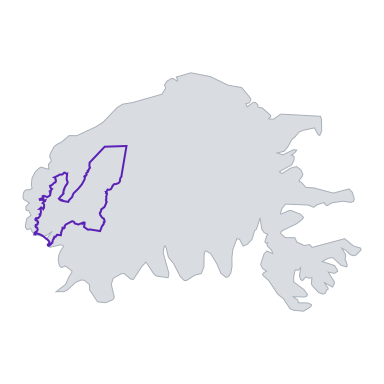 Fljótsdalshérað, Austurland, Iceland shown in context, rotated 180°
{"feature_id": "244011B83679589752148", "entity_name": "Fljótsdalshérað", "entity_type": "district", "adm_level": 2, "iso_a3": "ISL", "parent_name": "Iceland", "parent_adm1": "Austurland", "projection": "albers", "projection_center": [-14.894, 65.096], "detail": "fine", "context": "in_parent", "style": "outline", "palette": "violet", "viewbox_px": 384, "rotation_deg": 180, "n_neighbors": 0, "source": "geoboundaries", "source_scale": "gbopen_adm2", "svg_char_len": 9185}
<svg xmlns="http://www.w3.org/2000/svg" viewBox="0 0 384 384"><g transform="rotate(180 192 192)"><path d="M299.4,103.7L302.8,104.0L308.5,101.5L316.7,94.0L320.1,92.4L327.9,92.3L318.4,99.6L314.8,107.6L312.2,111.5L312.2,113.2L318.9,118.1L322.2,116.5L323.6,117.1L324.9,119.4L325.8,123.9L325.2,128.6L323.3,133.3L320.6,137.3L321.0,138.5L323.1,139.2L334.3,136.7L335.6,142.5L336.7,144.4L336.4,146.4L331.9,152.6L337.2,148.7L341.4,147.5L348.5,149.4L351.5,151.6L353.3,155.5L356.8,154.2L358.5,156.5L358.6,158.9L357.1,165.5L352.9,168.9L355.6,173.6L357.7,173.7L358.1,174.8L358.0,177.6L354.7,181.0L360.2,184.6L361.0,185.9L360.7,190.2L359.8,192.6L358.2,194.1L354.2,194.4L351.8,196.0L352.7,198.6L352.0,205.8L349.0,211.7L346.1,214.9L343.2,216.9L335.2,214.7L335.5,219.8L332.7,222.9L333.2,225.5L334.3,226.9L333.8,230.2L330.1,237.1L327.5,239.4L322.3,242.1L314.8,248.4L307.2,248.3L288.3,257.1L280.8,261.9L267.1,276.2L261.4,279.8L251.7,281.4L222.1,289.8L218.6,295.3L218.4,296.6L219.6,298.9L217.1,302.8L212.6,305.5L210.5,305.4L206.9,302.8L206.4,303.9L207.7,307.0L193.0,311.2L173.3,307.3L156.2,298.9L142.3,296.4L133.4,285.7L133.3,284.1L134.6,281.2L138.2,280.3L136.8,277.2L130.4,281.8L128.5,281.5L126.2,279.2L126.3,277.1L121.5,275.9L113.6,268.8L113.2,267.3L115.4,265.5L115.0,265.0L110.4,264.9L103.2,269.9L63.5,267.7L62.5,264.5L62.3,253.1L64.2,248.6L65.8,249.2L69.6,256.1L80.5,253.8L85.1,251.9L89.7,246.3L92.2,244.5L96.2,237.1L99.9,232.7L106.8,231.1L101.0,229.1L90.5,234.3L87.2,233.9L89.1,231.4L92.8,228.7L90.5,228.2L89.8,226.7L90.0,223.8L92.2,219.3L104.6,212.3L102.1,210.4L93.4,215.9L87.4,217.4L83.0,214.0L81.2,209.8L81.5,208.2L84.9,203.5L84.6,202.5L82.7,201.8L78.2,196.6L70.1,196.1L50.7,190.9L34.9,195.1L31.7,191.7L29.7,185.0L30.6,182.6L33.4,181.6L40.7,182.8L51.8,181.3L57.1,178.3L58.9,179.5L59.6,181.4L66.5,179.5L70.4,176.7L76.1,179.0L98.5,179.9L101.8,175.9L103.5,171.0L103.1,169.9L94.5,173.6L92.7,173.4L83.5,169.8L80.5,166.6L81.9,164.5L87.4,160.3L100.9,153.7L102.9,152.3L103.3,150.4L98.7,146.4L89.1,146.2L87.2,141.9L79.7,138.5L74.3,139.4L71.9,136.6L39.4,145.3L30.3,137.9L23.4,135.9L23.0,133.9L28.0,128.9L31.0,128.3L33.7,129.3L38.6,134.0L42.2,135.8L38.3,129.3L38.9,123.8L37.6,122.1L36.7,118.3L37.5,117.1L43.0,118.7L51.0,126.3L55.6,125.8L61.8,122.5L49.3,118.4L46.2,112.9L49.3,110.6L55.8,111.9L49.7,102.2L49.6,100.6L51.4,96.9L60.0,101.6L55.9,95.8L55.9,94.6L57.5,93.9L58.6,90.8L61.1,89.9L65.5,91.5L71.8,98.4L72.6,100.3L72.1,106.3L75.1,105.8L78.3,107.0L81.6,103.3L83.4,104.5L84.5,108.3L83.3,116.4L85.6,113.8L88.9,114.0L90.3,107.4L90.3,102.0L80.2,94.5L76.5,89.5L77.2,88.0L79.4,87.0L90.8,87.3L86.3,84.0L85.5,81.2L76.8,81.1L72.6,79.5L72.7,78.1L74.7,76.3L80.4,72.8L90.2,73.7L94.0,75.3L100.6,85.3L106.2,89.8L115.2,103.3L121.2,108.8L121.4,110.0L120.2,111.3L117.5,112.8L121.2,115.3L123.2,118.8L123.2,120.2L120.0,130.0L117.2,133.0L111.2,130.4L112.4,133.8L116.4,137.7L117.2,139.7L116.4,141.4L118.5,141.1L119.1,142.2L117.5,147.8L116.2,149.7L119.8,151.3L122.1,154.4L124.0,166.1L126.6,157.5L127.8,154.4L129.4,153.3L132.1,144.5L136.8,139.6L140.8,137.9L144.3,144.5L147.1,145.4L151.1,134.7L152.1,126.6L152.0,117.6L153.1,111.2L155.4,107.6L158.0,106.6L163.2,110.9L167.1,120.1L173.3,130.3L177.9,133.1L178.8,132.9L179.9,129.8L180.1,117.0L182.8,110.4L188.6,109.1L197.6,103.5L199.6,103.4L203.6,107.3L210.5,120.5L215.6,126.8L217.9,136.4L219.1,138.2L220.4,135.3L220.8,131.1L215.2,111.1L215.3,108.5L216.0,106.3L227.8,108.0L230.3,110.3L238.0,121.9L242.2,117.5L250.7,104.5L253.4,105.0L260.1,110.6L262.8,110.2L270.9,105.6L272.7,99.5L269.7,86.8L271.2,84.3L278.5,81.3L286.4,82.1L294.3,93.9L294.6,99.4L299.4,103.7Z" fill="#d9dde1" stroke="#a8b0b8" stroke-width="1"/><path d="M280.8,159.3L280.7,159.5L280.3,160.0L280.2,160.8L280.1,161.2L280.2,161.6L280.2,161.8L279.6,161.8L279.4,162.3L279.4,162.8L279.6,163.9L280.1,164.8L280.1,165.3L280.4,165.6L281.2,165.9L282.0,166.5L282.9,167.9L283.6,168.7L283.7,169.1L283.7,169.6L284.1,170.2L284.2,170.4L284.2,170.7L284.1,171.0L284.0,171.4L283.9,171.7L283.3,172.0L283.2,172.2L283.1,172.7L283.1,172.9L282.9,173.3L282.9,173.9L282.7,174.7L282.5,174.9L281.4,175.4L280.8,176.3L280.2,176.4L280.0,176.7L279.5,177.0L279.1,178.0L278.8,178.8L278.4,179.5L278.2,180.0L277.9,180.5L277.8,181.8L277.4,182.0L277.5,182.3L277.4,182.5L278.0,183.6L278.1,184.1L277.7,184.8L277.7,185.0L277.6,185.4L277.7,186.0L277.8,186.7L277.7,186.9L277.8,187.5L277.6,188.1L277.5,188.3L277.4,188.8L277.0,189.9L277.0,190.3L277.1,190.6L277.4,190.9L278.0,191.0L277.9,191.6L277.6,191.9L277.9,192.2L277.5,192.3L277.2,193.1L276.9,193.4L276.8,193.6L276.6,193.9L276.4,194.4L275.9,194.2L274.8,194.3L273.8,194.5L273.1,194.9L272.3,196.1L272.3,196.4L272.1,196.8L271.7,197.4L271.4,198.2L270.9,198.5L270.8,198.9L270.2,199.6L270.0,199.8L267.9,200.0L267.1,200.4L266.4,200.5L265.6,200.9L264.6,201.8L264.0,203.0L264.1,203.5L264.0,204.2L263.8,205.1L263.7,205.7L263.4,206.5L262.8,207.0L262.5,207.6L262.4,208.0L262.5,208.4L257.5,238.0L279.3,237.3L294.4,221.4L294.5,219.4L294.7,218.7L294.5,217.6L294.0,216.2L294.6,215.8L294.9,214.9L295.5,214.0L296.1,213.4L295.7,213.2L295.9,212.6L295.9,212.4L296.2,212.0L296.8,211.7L297.3,211.1L297.7,210.8L297.8,210.5L297.8,210.3L297.5,209.9L297.4,209.4L297.8,208.6L298.8,208.3L299.3,208.0L299.6,207.6L298.9,207.1L299.0,206.8L299.3,206.2L299.3,205.6L299.3,205.0L299.4,204.6L302.1,199.7L305.7,195.3L310.3,190.8L311.1,189.3L311.3,188.8L311.5,188.1L311.7,187.2L315.1,183.6L315.7,182.1L321.4,183.1L321.4,183.3L321.3,183.5L322.2,184.1L323.1,183.6L323.7,184.0L324.1,184.3L324.0,184.5L324.5,184.8L325.1,185.3L323.1,187.8L321.7,189.1L320.5,190.4L320.8,190.8L320.7,191.1L320.8,191.3L320.5,192.0L320.4,192.3L320.5,192.6L320.5,192.8L320.3,193.7L320.3,194.0L320.0,194.2L320.1,194.4L320.0,194.7L319.9,194.7L319.9,195.0L319.7,195.2L319.6,195.5L319.5,195.8L319.2,196.6L318.8,197.3L318.8,197.5L318.5,197.9L318.4,198.1L318.2,198.2L318.0,198.8L317.8,198.9L317.6,199.4L317.4,199.5L317.0,199.9L316.9,200.3L316.7,200.6L316.5,201.0L316.5,201.3L316.4,201.6L316.5,201.7L316.4,202.1L316.6,202.4L316.6,202.5L316.7,202.8L316.8,203.1L316.9,203.5L317.2,204.1L317.3,204.4L317.3,206.0L316.9,209.1L317.0,209.7L316.9,210.2L317.1,210.1L318.2,210.7L318.4,210.7L319.3,211.4L320.0,211.2L321.6,209.5L324.4,209.4L326.3,208.2L329.7,206.6L329.0,206.3L328.8,206.0L328.4,204.9L328.5,204.3L328.1,203.8L328.0,203.6L328.1,203.0L328.6,201.6L329.6,201.4L330.1,200.9L330.6,200.6L331.0,200.0L331.4,199.5L333.1,198.4L333.6,198.4L334.0,198.2L333.9,197.8L333.9,197.5L333.4,196.1L333.0,195.7L332.0,195.1L332.4,194.7L332.7,194.0L333.9,193.1L333.4,192.9L333.2,192.3L334.0,191.2L333.9,190.9L333.6,190.8L333.7,190.4L333.7,190.1L333.8,189.7L333.7,189.3L334.0,188.6L336.6,186.9L340.1,188.2L341.2,187.8L340.7,187.2L340.7,185.7L341.3,185.9L342.4,185.6L344.3,184.9L344.0,184.0L342.6,184.3L340.8,183.9L340.3,183.9L339.0,183.4L338.9,183.6L338.7,183.7L339.0,182.8L339.9,182.4L340.4,182.0L341.3,181.0L340.9,180.8L339.9,179.4L339.9,178.2L340.0,176.2L340.8,174.9L340.9,175.1L341.0,175.5L342.0,176.1L342.8,176.6L343.2,176.1L344.3,175.2L343.9,175.2L343.3,174.7L343.3,173.9L343.1,172.5L343.2,170.6L343.9,169.9L344.3,169.7L343.7,169.1L343.6,168.9L343.9,168.4L344.2,167.8L344.9,167.0L345.4,166.2L345.6,166.1L345.7,165.9L346.3,165.8L346.5,166.0L347.2,165.8L347.6,165.9L347.7,165.6L348.2,165.5L348.3,165.1L348.6,164.8L348.4,164.4L348.5,164.1L348.4,163.9L348.2,163.7L348.0,163.8L347.7,163.8L347.4,163.6L347.3,163.4L346.8,163.4L346.5,163.1L346.0,162.1L345.8,161.4L346.0,161.1L346.4,160.9L346.3,160.0L346.5,159.6L346.7,159.4L346.8,159.3L347.5,159.3L348.2,159.1L348.3,159.0L348.4,158.7L348.2,158.1L348.5,157.8L348.5,157.6L348.3,157.3L348.2,156.8L348.0,156.6L347.3,156.7L346.8,156.3L346.7,156.1L346.6,155.4L346.3,154.6L346.5,154.1L346.6,153.7L347.2,152.8L347.3,152.5L347.7,152.2L348.2,152.2L348.3,152.0L348.2,151.4L348.9,150.9L349.2,151.1L349.3,150.9L349.5,150.8L349.4,150.2L349.6,149.6L349.1,149.6L348.6,149.4L348.4,149.5L348.2,149.9L347.8,150.2L347.8,150.3L347.7,150.5L347.4,150.5L347.2,150.6L345.1,150.0L343.5,149.4L341.7,148.4L338.4,145.9L337.5,145.1L337.5,144.9L336.8,144.6L335.6,143.5L334.8,142.5L334.6,141.9L334.5,141.5L334.6,141.3L334.5,141.1L334.7,140.9L334.7,140.7L334.8,140.7L335.0,140.5L335.0,140.4L335.3,140.2L335.2,140.1L335.3,140.0L335.2,140.0L335.5,139.5L335.6,139.4L335.7,139.5L335.6,139.3L335.8,139.1L335.6,139.0L335.6,138.8L335.8,138.4L335.3,138.1L333.3,139.5L332.3,141.0L331.9,141.1L331.6,141.3L331.4,142.9L331.3,143.4L331.2,143.8L330.5,145.2L330.1,145.3L329.9,145.6L330.0,146.1L330.0,146.3L329.6,147.3L328.9,147.1L328.4,147.2L328.0,147.8L327.4,148.4L327.2,149.1L326.5,149.3L325.3,149.0L323.8,148.9L323.4,148.7L323.2,148.7L323.1,149.0L323.0,149.5L322.9,149.9L322.9,150.6L323.0,151.3L322.6,151.8L322.6,152.4L322.3,152.8L322.3,153.2L322.3,153.4L321.7,154.3L321.5,155.8L321.0,155.5L320.7,155.6L320.3,155.8L320.4,156.0L320.0,155.9L319.9,156.2L319.8,156.3L319.6,156.1L319.3,156.6L319.4,156.9L319.3,157.4L319.4,157.8L319.1,158.0L318.5,159.3L311.9,162.8L311.4,162.7L310.2,162.2L309.9,162.0L309.7,161.5L309.3,160.6L305.7,159.5L300.6,161.5L300.4,161.0L300.5,160.8L300.3,160.9L300.3,161.1L300.2,161.3L299.5,161.3L299.4,161.3L299.4,160.2L300.0,157.1L296.1,154.3L294.9,154.3L294.7,154.5L294.3,154.6L283.9,152.9L282.0,157.9L280.9,159.4L280.8,159.3Z" fill="none" stroke="#5b21b6" stroke-width="2"/></g></svg>